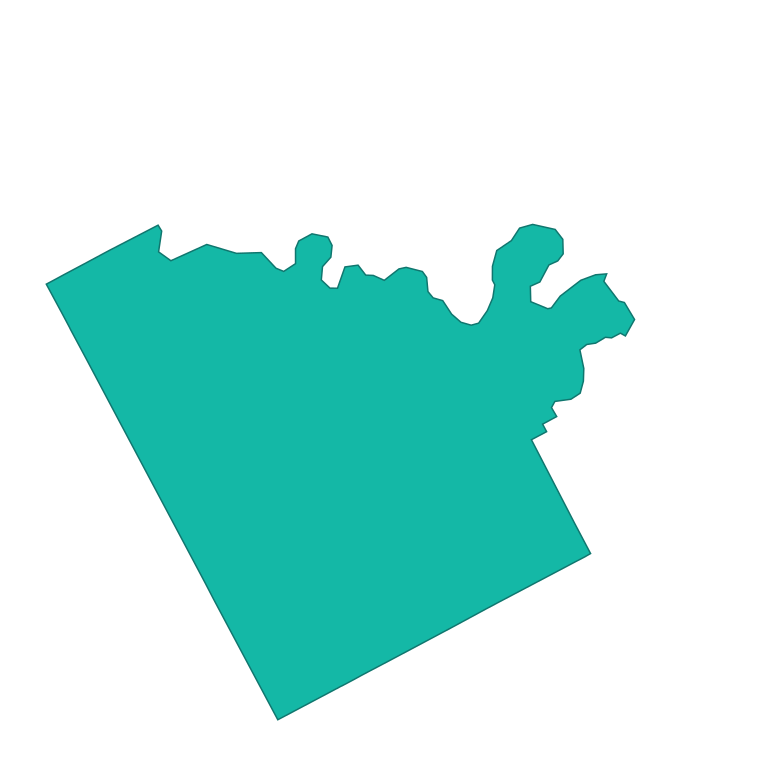 Osage, Oklahoma, United States of America (Mercator projection), rotated 152°
{"feature_id": "52423323B53905412761485", "entity_name": "Osage", "entity_type": "district", "adm_level": 2, "iso_a3": "USA", "parent_name": "United States of America", "parent_adm1": "Oklahoma", "projection": "mercator", "projection_center": [-96.591, 36.58], "detail": "fine", "context": "isolated", "style": "filled", "palette": "teal", "viewbox_px": 768, "rotation_deg": 152, "n_neighbors": 0, "source": "geoboundaries", "source_scale": "gbopen_adm2", "svg_char_len": 1587}
<svg xmlns="http://www.w3.org/2000/svg" viewBox="0 0 768 768"><g transform="rotate(152 384 384)"><path d="M387.2,137.5L302.2,137.2L299.8,137.2L287.4,137.1L285.2,137.2L281.2,137.3L281.1,171.5L280.0,265.6L262.8,265.6L262.8,274.1L246.8,274.2L247.2,284.5L241.3,288.4L226.1,282.8L215.1,283.8L206.6,292.9L200.3,303.9L195.0,322.2L186.4,323.7L177.9,320.7L166.6,321.3L161.4,317.9L151.4,317.9L148.3,313.1L132.5,323.3L133.5,343.1L137.8,347.1L141.7,371.4L135.7,376.7L145.9,381.1L161.5,383.2L187.1,378.9L200.5,372.6L204.1,373.6L215.8,387.8L208.9,401.6L198.5,400.9L182.5,411.7L172.8,411.1L164.7,414.8L158.2,427.8L160.3,440.1L177.8,455.1L191.1,458.0L204.2,450.8L221.8,448.9L233.0,437.0L239.5,424.9L239.6,419.6L247.5,409.0L258.3,400.3L271.9,393.3L279.4,395.0L287.1,402.4L291.5,413.9L293.0,430.0L300.2,437.0L301.8,445.0L296.3,458.1L297.3,465.3L309.7,476.6L316.8,478.6L335.1,475.4L342.5,484.9L349.0,488.7L351.1,501.1L363.5,505.7L380.1,490.4L386.7,494.0L390.5,505.3L383.2,516.5L371.4,520.9L364.8,530.7L364.6,540.1L377.1,550.4L392.1,550.3L398.6,545.0L405.6,531.8L419.7,530.5L425.0,536.9L430.6,557.6L452.9,568.6L475.0,590.4L514.3,592.9L521.0,606.5L508.5,623.4L508.9,630.3L562.9,630.9L568.9,630.9L592.8,630.8L615.1,630.8L626.4,630.7L635.3,630.7L635.1,596.7L635.1,583.3L635.1,582.0L635.2,578.7L635.1,545.0L635.2,476.7L635.2,467.3L635.3,292.6L635.5,272.6L635.4,137.4L569.0,137.3L568.0,137.2L566.2,137.3L565.0,137.3L563.7,137.3L562.9,137.2L548.4,137.2L541.2,137.3L532.9,137.3L505.1,137.2L503.8,137.2L449.3,137.2L439.3,137.2L399.2,137.5L387.2,137.5Z" fill="#14b8a6" stroke="#0f766e" stroke-width="1.5"/></g></svg>